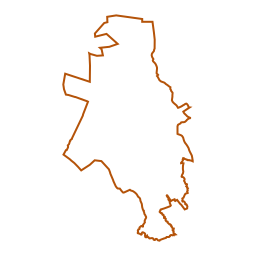 the district of Coatepec Harinas, México, Mexico
{"feature_id": "50627088B96947768971669", "entity_name": "Coatepec Harinas", "entity_type": "district", "adm_level": 2, "iso_a3": "MEX", "parent_name": "Mexico", "parent_adm1": "México", "projection": "mercator", "projection_center": [-99.782, 18.94], "detail": "fine", "context": "isolated", "style": "outline", "palette": "amber", "viewbox_px": 256, "rotation_deg": 0, "n_neighbors": 0, "source": "geoboundaries", "source_scale": "gbopen_adm2", "svg_char_len": 5952}
<svg xmlns="http://www.w3.org/2000/svg" viewBox="0 0 256 256"><path d="M138.0,231.3L138.0,231.8L138.1,232.1L137.7,232.9L137.8,233.2L139.8,233.8L141.0,234.6L141.4,234.6L141.7,234.3L141.7,233.6L141.8,233.1L142.2,232.5L142.7,232.3L143.1,232.4L144.3,233.0L145.0,233.6L145.1,233.9L145.2,234.2L145.0,235.5L145.1,236.2L145.2,236.8L145.6,237.2L146.2,237.3L146.7,236.9L146.8,236.0L147.1,235.7L147.5,236.8L147.7,237.1L148.3,237.1L148.5,237.2L148.7,237.5L148.8,237.8L149.4,238.4L149.8,238.4L151.6,238.1L152.3,238.1L152.8,238.3L153.2,238.6L153.6,239.6L154.1,239.9L154.4,240.0L155.0,239.9L155.2,239.4L155.5,239.1L156.1,238.9L156.6,239.0L156.9,239.1L157.7,240.1L158.2,240.4L158.8,240.5L159.1,240.4L159.6,240.6L160.2,239.9L160.4,239.8L161.8,239.3L162.4,239.0L163.6,238.7L164.2,238.3L164.7,238.3L166.1,237.8L166.3,237.3L166.7,237.0L169.0,237.0L169.9,236.3L169.9,235.7L171.0,235.0L171.4,235.0L172.2,235.3L172.6,235.3L173.1,235.1L173.7,235.2L173.7,234.8L174.2,234.5L174.4,234.4L175.0,234.6L175.5,234.5L174.7,233.8L173.6,233.6L173.7,232.9L173.5,232.6L173.4,231.8L173.7,231.4L173.7,231.2L172.9,230.6L172.6,230.1L173.5,229.5L173.8,228.8L173.8,228.6L173.3,228.6L172.2,227.8L171.8,226.6L171.2,226.4L171.1,226.0L171.2,225.8L171.3,225.5L171.2,225.3L170.2,224.3L169.8,224.2L169.5,224.4L168.0,222.9L167.7,222.7L167.6,222.3L167.7,221.9L167.5,221.6L167.1,221.5L166.7,221.5L166.3,221.3L166.2,221.0L166.0,220.9L165.6,220.4L165.5,219.8L165.8,219.1L165.8,218.8L165.2,218.2L164.0,217.9L164.0,217.7L164.8,217.2L164.8,216.8L163.9,216.4L163.5,215.0L162.7,214.9L162.3,214.5L162.5,214.1L162.4,213.9L162.1,213.5L161.8,213.1L161.4,213.0L160.9,213.1L159.7,212.0L159.7,211.5L160.0,211.0L160.4,210.6L160.3,210.2L160.7,209.5L164.3,208.4L168.9,206.7L170.3,206.1L170.8,205.4L169.8,203.0L169.6,201.2L168.4,199.6L168.4,197.8L167.5,197.1L166.7,195.7L166.9,195.3L167.1,195.3L167.3,195.4L171.0,201.0L172.2,200.2L174.5,199.3L174.6,199.7L174.9,199.9L174.7,200.3L174.7,200.6L174.8,200.7L175.2,201.0L177.1,199.9L179.4,202.9L180.4,204.1L180.6,204.2L181.2,204.7L184.7,209.4L186.3,208.8L186.9,208.6L187.2,208.2L187.2,207.2L187.4,206.5L187.0,205.4L186.8,205.2L186.6,204.6L186.4,204.5L186.0,204.6L185.9,204.5L185.8,204.0L185.3,203.9L185.4,203.6L184.5,201.9L183.6,201.3L182.8,201.5L182.6,201.5L182.2,200.8L182.5,200.1L182.6,199.5L182.5,198.9L182.3,198.6L182.4,198.4L183.5,197.7L184.8,194.7L185.4,193.8L185.5,193.7L187.7,193.0L187.6,192.4L187.3,191.9L187.1,191.4L187.2,191.2L187.7,190.6L187.5,190.1L187.5,189.7L187.4,188.7L187.8,188.5L187.5,188.0L187.5,187.6L187.0,187.4L186.9,186.9L187.0,186.7L186.9,186.5L186.3,186.3L186.9,184.9L187.0,184.3L186.9,184.2L186.5,184.2L186.3,184.0L185.7,184.0L185.6,183.9L185.2,183.2L184.8,182.0L184.1,180.9L184.1,180.6L184.5,179.9L184.6,179.3L184.6,179.0L184.3,178.4L183.7,177.6L183.2,177.2L182.5,177.0L181.8,176.9L181.6,176.7L181.6,176.4L182.2,174.6L182.9,173.5L183.3,171.6L182.9,169.3L182.9,167.7L183.0,165.6L183.5,163.3L182.1,163.0L181.1,163.2L181.1,162.8L182.5,161.1L183.0,160.0L182.9,159.6L182.7,159.4L183.2,158.1L184.1,158.3L184.3,158.5L184.7,159.0L185.9,159.2L186.3,159.6L187.0,159.8L187.3,160.0L187.5,159.8L187.8,159.9L188.0,160.1L188.3,160.2L189.3,160.1L189.6,160.3L191.2,160.6L192.7,161.3L192.7,160.6L192.2,157.5L191.8,155.5L189.7,151.4L189.0,149.7L188.7,148.4L187.6,146.4L186.5,144.7L184.9,142.6L184.0,140.7L183.1,137.5L182.0,135.9L181.1,135.3L179.4,134.6L178.3,134.3L177.5,133.9L177.5,126.1L177.8,125.6L177.9,125.0L178.1,124.7L180.0,123.7L180.5,123.4L181.0,122.6L181.2,122.4L182.4,122.2L183.8,122.2L184.9,121.9L186.4,120.6L186.8,120.0L187.4,119.5L188.2,118.9L188.5,118.5L188.8,118.3L189.8,118.3L190.1,118.1L190.1,117.8L188.3,117.0L187.1,116.2L186.4,115.4L184.3,113.4L183.6,112.3L183.3,111.6L189.7,107.4L189.0,107.3L188.5,106.9L188.1,105.6L187.5,104.7L187.0,104.1L186.5,103.7L186.0,103.7L185.6,103.8L185.0,104.1L184.4,104.6L182.9,105.4L182.3,105.9L181.6,106.2L181.2,106.5L179.4,107.3L178.5,107.7L178.0,107.8L177.0,106.1L176.4,105.3L173.7,103.0L172.6,101.8L172.1,100.7L171.9,100.2L172.4,96.8L172.4,95.2L172.6,92.9L172.4,92.5L171.1,90.8L171.0,90.1L170.3,89.0L170.4,87.2L169.8,86.9L168.3,85.8L167.8,85.3L165.8,84.0L164.8,83.0L164.0,82.5L161.1,81.5L160.1,80.7L159.5,80.2L157.7,76.8L157.0,76.0L158.1,74.9L157.6,74.3L156.7,73.6L156.6,73.0L157.0,68.8L157.0,67.7L156.9,67.2L156.3,65.5L155.5,63.9L154.8,63.0L153.1,61.3L152.8,60.3L153.4,59.1L153.3,58.9L152.3,57.4L151.9,56.2L151.7,55.5L151.8,54.3L152.0,53.6L152.5,52.9L153.9,51.1L154.2,49.5L154.6,48.6L154.7,39.6L153.9,32.3L152.5,21.8L142.2,21.8L142.2,19.0L116.2,15.4L107.2,16.8L107.4,22.2L104.2,23.0L94.9,33.5L95.2,36.7L106.5,33.9L117.7,43.9L109.4,46.8L100.0,47.8L101.6,49.3L102.9,55.4L96.9,55.8L90.5,54.0L89.2,53.3L89.5,54.8L90.0,65.6L89.8,81.8L65.2,73.7L63.3,84.5L64.0,89.2L65.9,94.6L68.5,95.0L75.0,97.0L75.4,97.0L87.3,101.3L88.0,101.7L83.0,114.6L82.9,115.5L72.0,138.3L72.0,138.8L70.6,139.9L70.5,140.3L70.1,140.7L70.2,141.0L69.8,141.5L69.3,143.3L68.9,144.3L67.8,145.4L68.1,146.7L68.0,147.4L66.7,150.1L66.1,150.2L65.9,150.2L63.5,154.6L69.5,159.0L70.7,160.0L70.9,160.3L74.3,163.0L78.0,166.8L81.2,170.4L89.8,164.8L94.7,160.3L101.4,161.1L108.9,169.3L110.1,172.5L110.3,173.5L113.2,180.3L113.4,181.1L115.5,185.7L115.9,186.5L117.1,188.0L117.8,188.5L119.8,188.6L121.7,191.1L123.0,192.5L123.3,192.6L124.0,192.5L129.9,189.8L131.0,190.6L132.2,190.9L133.2,191.3L134.9,192.5L136.4,193.9L137.3,195.2L137.5,195.7L137.7,195.9L138.1,196.7L139.5,197.8L140.1,198.8L140.5,201.0L141.1,202.3L141.8,204.0L142.2,207.2L142.9,209.6L143.3,210.3L143.7,210.5L143.9,210.8L143.7,211.5L144.1,212.2L144.4,213.9L145.3,215.2L145.4,215.7L145.9,216.4L146.1,216.9L146.1,217.3L146.1,217.8L145.3,219.2L145.1,219.8L144.9,220.1L144.8,220.4L144.6,221.1L144.8,221.8L144.9,222.3L143.8,223.9L143.1,224.7L143.0,226.5L142.7,226.6L142.4,226.5L142.1,226.1L142.0,225.9L141.2,226.0L139.8,227.2L139.5,227.5L139.5,227.8L139.5,228.8L139.4,229.0L138.9,229.3L138.4,229.4L138.3,229.5L138.3,229.9L137.9,230.4L137.8,230.8L138.0,231.3Z" fill="none" stroke="#b45309" stroke-width="2"/></svg>